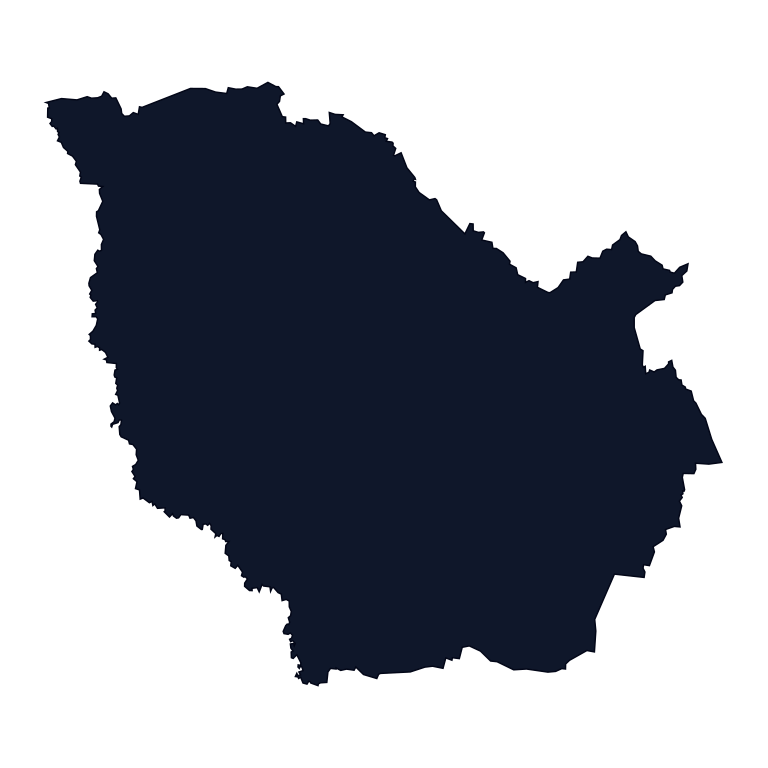 the district of Na Chueak, Maha Sarakham, Thailand
{"feature_id": "78962969B25056088384612", "entity_name": "Na Chueak", "entity_type": "district", "adm_level": 2, "iso_a3": "THA", "parent_name": "Thailand", "parent_adm1": "Maha Sarakham", "projection": "natural_earth1", "projection_center": [102.998, 15.808], "detail": "fine", "context": "isolated", "style": "filled", "palette": "ink", "viewbox_px": 768, "rotation_deg": 0, "n_neighbors": 0, "source": "geoboundaries", "source_scale": "gbopen_adm2", "svg_char_len": 6028}
<svg xmlns="http://www.w3.org/2000/svg" viewBox="0 0 768 768"><path d="M142.1,107.4L139.5,106.8L138.2,114.4L133.3,112.6L129.4,115.9L124.4,116.3L121.7,113.5L121.1,108.9L115.8,97.9L111.7,98.2L108.1,93.8L104.0,91.8L101.7,96.2L97.7,97.8L91.5,98.2L87.2,96.7L77.0,99.9L61.5,98.6L46.1,102.5L48.5,103.4L49.3,107.8L47.8,108.1L47.6,117.2L51.7,118.7L51.7,121.5L50.0,123.5L52.2,126.4L53.8,126.1L56.1,128.9L57.4,128.3L57.6,131.6L59.1,132.5L58.1,134.4L59.4,137.0L57.5,140.8L61.3,142.3L63.5,147.5L67.9,151.4L67.6,153.5L72.5,156.1L76.4,161.3L75.4,164.7L80.5,172.1L79.8,176.0L81.3,177.2L79.9,181.2L80.5,183.3L97.5,184.1L98.5,186.1L102.8,186.5L99.4,189.5L99.6,193.4L102.8,201.3L98.4,210.7L96.6,211.8L96.5,216.3L99.8,229.8L98.7,232.8L101.0,234.5L103.6,239.4L101.4,244.5L101.5,250.3L99.5,251.2L97.8,250.2L94.9,254.3L94.3,260.7L98.0,266.5L96.4,268.6L97.4,272.7L90.5,277.6L88.9,283.2L89.1,285.8L91.8,290.3L89.7,294.0L90.9,295.1L90.2,297.4L93.2,301.1L97.4,300.7L97.6,301.9L95.6,304.3L97.3,307.9L95.1,310.1L95.7,313.5L92.3,313.8L92.1,316.7L96.2,316.7L97.7,318.9L96.3,325.4L92.9,331.2L89.2,334.4L90.4,335.5L90.5,339.5L88.9,341.1L91.9,343.9L95.0,344.2L95.1,347.3L97.4,346.5L99.6,347.7L99.6,350.2L101.8,349.5L105.5,352.4L107.9,357.3L104.2,359.2L106.5,359.9L106.9,362.5L116.4,363.5L116.3,367.6L117.5,369.3L115.0,370.1L114.2,375.0L114.8,377.0L116.7,377.8L115.8,383.4L117.7,385.1L116.8,388.2L117.6,390.6L115.7,394.4L117.9,395.2L119.6,403.0L118.6,404.7L117.3,403.5L115.6,404.9L112.6,402.9L110.3,406.0L111.5,411.6L115.0,418.1L114.1,421.7L111.0,424.1L111.0,426.3L111.7,427.0L112.6,424.3L118.0,422.6L119.4,419.8L121.5,420.2L120.9,424.7L119.2,426.6L119.8,434.4L121.2,436.8L128.6,440.2L129.5,443.9L132.9,444.5L136.6,449.2L136.2,454.7L138.3,460.3L135.7,464.5L132.5,466.4L133.4,469.4L131.9,471.5L135.1,476.5L133.4,478.7L137.0,481.7L135.5,488.6L139.5,489.9L140.2,499.1L143.1,498.0L149.4,502.7L152.0,501.4L152.9,505.5L154.8,503.9L157.5,508.3L165.0,507.8L165.2,510.7L164.2,511.7L169.5,517.0L172.6,513.6L173.4,515.9L176.5,518.2L178.6,517.8L180.8,514.6L188.7,515.1L190.0,518.2L193.4,517.5L196.0,520.8L196.9,526.0L201.4,529.5L202.3,529.4L203.1,524.3L205.8,523.9L207.7,525.3L209.5,523.3L211.2,525.7L211.0,529.2L215.8,533.6L215.1,536.9L216.9,535.4L219.0,536.4L220.8,533.6L222.8,533.4L222.6,538.8L225.0,539.6L225.7,541.5L229.0,541.5L225.9,545.3L225.2,553.3L228.8,555.9L229.2,560.5L231.2,561.7L230.8,565.8L235.2,568.3L237.8,565.3L242.5,572.1L241.5,575.7L243.9,577.2L245.1,576.5L247.5,578.9L244.7,583.1L244.6,586.3L249.5,590.5L252.1,590.6L252.0,588.3L257.2,587.6L259.2,591.8L262.1,584.4L263.6,586.0L270.0,586.8L270.6,591.2L272.0,588.0L273.6,587.4L278.1,592.6L281.3,594.1L282.1,600.6L286.2,599.4L289.2,601.0L289.3,606.9L291.3,611.4L290.6,615.7L288.3,617.7L289.7,622.3L288.6,624.5L287.2,624.1L285.7,625.7L283.2,631.4L284.0,633.6L288.1,634.3L290.4,633.0L292.5,635.2L291.6,638.2L289.6,639.3L290.7,641.7L292.7,640.6L295.3,643.5L294.2,645.9L293.5,643.5L290.4,644.0L290.9,648.1L293.1,651.1L291.2,652.0L291.4,657.7L293.2,658.4L296.8,654.7L300.9,662.8L300.7,665.4L298.2,664.9L298.0,667.0L299.3,668.4L300.0,666.7L301.8,666.7L303.1,670.6L298.9,672.0L300.5,674.8L297.9,675.7L296.8,673.4L295.4,676.5L298.0,676.9L298.6,678.4L300.7,677.3L303.0,683.0L307.0,684.1L308.6,681.4L310.1,681.6L310.8,683.0L318.0,685.6L318.4,683.8L320.5,682.8L326.8,682.4L327.9,672.0L330.5,668.4L336.1,669.0L336.1,667.9L340.7,670.4L346.5,669.1L354.1,670.2L355.8,667.0L363.5,674.5L376.8,678.5L378.6,674.3L380.4,673.4L410.3,671.9L424.9,667.1L432.6,666.2L443.0,668.3L445.8,657.9L451.9,660.2L452.4,657.7L459.3,658.6L462.2,647.3L469.3,645.9L480.5,651.1L490.6,661.0L497.1,661.7L513.7,669.8L526.5,669.0L547.9,672.1L555.6,671.4L561.8,668.6L565.5,669.0L565.6,664.0L569.5,660.3L586.9,650.5L594.4,651.9L595.8,631.0L594.7,619.4L614.4,574.1L644.1,577.4L644.9,572.0L643.0,568.2L643.6,564.7L649.4,565.6L654.4,551.9L653.1,546.7L663.0,540.3L666.3,534.2L665.5,529.5L674.3,526.4L680.0,526.9L678.6,518.2L681.7,505.8L679.4,501.1L682.2,497.5L681.0,495.0L682.9,493.8L682.6,490.9L684.0,491.2L684.6,489.8L682.3,477.4L683.2,473.4L693.9,473.6L695.8,469.3L695.5,463.2L708.9,464.1L721.9,462.4L711.7,439.3L705.2,418.3L701.4,414.4L695.9,403.1L693.6,400.8L691.2,391.1L685.6,389.0L685.3,387.1L681.9,385.0L681.1,380.0L678.7,379.8L676.1,377.3L675.4,370.2L672.9,367.0L671.7,360.4L668.6,361.9L668.6,363.9L664.5,368.4L657.0,369.9L654.2,372.0L649.7,370.0L648.9,372.4L645.7,373.7L645.2,366.3L643.3,367.3L642.3,364.9L643.0,350.7L640.2,349.0L634.2,327.6L634.2,317.5L635.8,314.5L655.0,300.5L664.2,299.5L665.3,294.9L672.0,292.8L672.5,289.4L675.4,286.2L679.5,285.6L682.8,282.1L681.8,275.6L686.8,271.0L688.0,263.8L679.7,267.3L674.4,273.2L670.2,272.1L669.5,270.4L663.0,268.9L662.1,265.2L655.1,260.8L650.8,256.2L641.3,253.9L638.2,251.3L637.5,245.9L635.1,241.6L628.3,236.9L625.9,231.8L621.5,235.5L620.0,239.6L612.6,245.0L611.6,249.6L606.6,249.2L602.8,251.2L600.0,258.2L592.3,258.0L587.9,256.3L583.0,261.8L577.7,262.3L576.3,272.0L570.7,272.2L569.7,279.1L563.5,279.9L558.1,287.6L550.0,292.7L548.0,292.5L537.4,287.3L538.0,281.6L533.1,282.7L529.0,280.7L525.5,282.4L525.5,278.5L517.7,274.7L516.1,267.8L509.5,264.2L510.0,261.2L503.1,252.8L496.4,248.5L492.9,248.4L491.9,242.3L481.7,240.0L484.4,232.8L483.5,231.9L478.4,232.4L473.2,230.8L473.1,224.0L469.9,223.6L464.9,233.9L441.3,210.8L436.6,199.8L435.0,198.6L429.4,199.9L419.1,192.5L415.3,186.8L415.4,182.0L413.1,181.3L414.0,179.0L415.4,179.3L414.8,177.5L406.9,167.8L401.1,152.8L394.7,155.9L393.5,155.3L395.7,148.4L392.9,145.9L393.1,143.2L392.0,142.1L386.2,141.3L387.5,138.6L384.8,137.8L385.3,134.7L379.1,132.8L374.0,135.8L371.5,132.7L365.4,132.1L351.4,121.7L341.9,116.9L343.1,114.8L335.1,114.4L329.3,112.5L330.2,123.5L328.5,125.9L320.7,124.0L317.7,120.0L310.4,120.2L305.7,118.7L303.4,118.7L303.6,123.8L296.8,121.9L295.6,126.4L290.5,122.8L285.7,123.0L285.6,117.1L282.3,116.7L276.9,104.3L279.5,101.4L280.3,95.9L284.0,94.0L278.5,86.7L275.8,86.6L267.9,82.4L257.1,88.3L247.3,86.8L242.0,89.1L235.8,89.2L228.3,87.7L226.7,93.5L215.6,92.1L205.4,88.6L190.4,88.5L142.1,107.4Z" fill="#0f172a" stroke="#020617" stroke-width="1.5"/></svg>